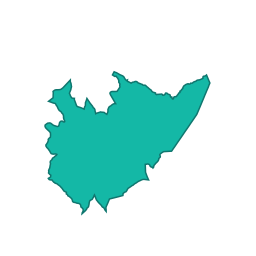 outline of Tenochtitlán, Veracruz, Mexico, rotated 66°
{"feature_id": "50627088B5329329942302", "entity_name": "Tenochtitlán", "entity_type": "district", "adm_level": 2, "iso_a3": "MEX", "parent_name": "Mexico", "parent_adm1": "Veracruz", "projection": "albers", "projection_center": [-96.947, 19.825], "detail": "fine", "context": "isolated", "style": "filled", "palette": "teal", "viewbox_px": 256, "rotation_deg": 66, "n_neighbors": 0, "source": "geoboundaries", "source_scale": "gbopen_adm2", "svg_char_len": 5606}
<svg xmlns="http://www.w3.org/2000/svg" viewBox="0 0 256 256"><g transform="rotate(66 128 128)"><path d="M64.1,181.6L65.6,182.0L66.9,182.7L69.9,184.1L71.3,189.7L73.5,187.4L74.7,186.2L76.1,184.4L77.0,184.3L78.5,184.3L79.3,183.9L80.8,184.0L83.0,183.9L84.3,183.6L85.7,182.6L87.3,182.4L88.9,181.8L90.9,182.0L91.9,182.6L92.8,182.6L93.2,183.0L94.2,183.0L95.2,183.0L96.1,183.0L96.6,183.5L96.2,184.5L94.8,185.4L94.5,186.9L95.2,188.3L97.0,189.6L98.1,190.7L97.9,192.0L96.4,193.7L95.2,195.0L92.1,196.7L91.5,197.5L90.9,199.5L91.3,201.4L91.6,202.5L92.6,203.1L94.2,203.2L96.7,202.3L98.7,201.4L100.7,200.8L102.9,201.6L104.9,202.7L105.2,204.1L105.9,205.5L106.9,205.8L108.4,207.2L109.5,208.8L110.1,209.9L111.2,210.3L112.8,210.1L114.3,209.5L116.0,209.2L117.3,208.9L119.1,208.8L120.1,208.6L120.8,207.9L121.5,206.9L121.9,205.6L122.5,204.4L123.2,203.7L123.9,204.6L124.0,205.7L124.2,206.4L124.6,207.2L124.7,208.3L125.0,209.5L125.8,210.0L126.3,211.3L126.8,212.5L128.1,213.2L129.1,213.3L130.6,214.4L131.7,215.1L132.7,215.8L133.7,217.0L134.7,217.9L136.0,218.2L136.7,218.9L138.5,218.4L139.7,217.7L141.3,218.7L141.6,221.3L142.3,221.2L143.0,221.0L143.7,220.3L144.5,218.6L145.4,218.5L146.4,218.1L147.3,217.9L147.9,217.3L148.7,217.1L149.2,216.5L150.3,215.4L151.5,214.9L152.6,214.2L153.6,213.7L154.9,213.3L156.6,212.7L157.6,212.6L158.7,212.3L159.7,212.1L160.3,211.6L161.0,211.0L161.7,210.4L163.1,211.2L164.3,210.4L165.5,210.5L166.6,209.6L167.8,209.0L169.7,208.2L171.2,208.2L172.7,208.5L173.8,207.8L174.8,206.3L175.6,205.6L176.3,204.6L177.0,203.5L177.8,202.9L178.9,202.6L181.1,203.1L182.0,202.5L182.9,202.3L183.9,202.0L185.1,202.5L185.8,203.0L186.8,204.3L187.6,204.8L186.2,200.5L185.8,199.7L185.3,198.8L184.5,198.0L184.1,196.6L183.7,196.0L181.8,194.6L180.1,193.6L178.8,192.3L178.7,191.2L178.7,190.4L178.5,189.5L177.8,188.7L177.2,187.7L176.6,187.2L175.5,185.9L177.5,185.9L179.3,186.0L180.7,186.1L182.2,185.7L183.6,185.4L185.1,184.9L186.6,184.3L188.1,183.8L189.1,183.7L189.9,183.5L190.6,182.7L191.7,182.5L192.6,182.4L193.6,182.4L195.3,181.9L193.9,181.3L192.7,180.9L191.5,180.4L190.6,179.5L189.7,178.5L188.8,177.5L185.3,173.8L186.0,169.8L186.9,164.6L187.6,160.1L185.8,159.1L185.3,157.1L185.4,155.8L184.7,154.5L183.8,153.5L183.1,152.3L182.9,150.7L182.6,149.1L182.3,147.9L182.3,146.6L181.9,145.5L181.6,144.3L181.5,142.7L181.2,141.5L181.0,140.2L181.0,138.3L180.9,136.6L181.1,135.1L181.7,133.8L182.3,132.8L183.8,130.3L180.1,130.3L175.6,130.0L168.2,127.0L168.6,125.9L168.8,124.8L169.4,123.9L170.3,123.3L171.3,123.2L172.1,123.3L173.2,122.6L173.7,121.7L174.7,121.5L174.2,120.5L172.8,119.6L172.1,118.1L171.5,116.9L171.0,115.4L170.3,113.9L169.3,112.7L168.4,112.3L168.0,111.1L167.7,110.4L166.8,109.9L165.9,110.0L165.2,109.7L164.8,108.9L164.4,107.4L164.1,105.1L165.1,102.4L166.9,97.6L164.8,94.2L164.3,93.3L161.3,88.5L156.8,81.1L154.6,77.6L152.5,74.1L150.3,70.5L149.5,69.3L148.6,67.8L146.7,64.7L143.6,59.7L141.2,57.1L137.2,52.8L133.4,48.8L132.2,47.5L130.3,45.5L129.4,44.6L127.1,42.1L126.3,41.3L123.1,37.8L122.0,36.8L120.2,34.9L115.3,34.8L111.5,34.7L111.8,35.8L111.8,36.8L111.5,37.6L111.5,38.2L111.9,38.8L113.1,39.3L113.2,41.2L113.1,43.3L112.6,44.6L112.5,46.0L112.9,46.9L112.7,48.4L112.7,49.5L113.0,50.4L113.2,51.2L112.5,52.5L113.0,53.5L112.7,54.5L112.3,54.7L111.9,55.6L111.8,57.3L112.1,58.9L112.3,59.9L112.9,60.8L113.4,61.2L113.7,61.7L114.0,61.7L114.2,62.0L114.5,62.6L114.5,62.9L114.6,63.4L115.0,63.6L115.1,63.9L115.4,64.4L115.5,64.7L115.4,65.4L115.8,65.8L116.3,65.8L116.7,66.2L116.7,67.1L116.8,67.6L117.3,68.1L117.8,68.9L118.1,69.7L118.5,70.2L118.9,71.3L118.6,71.9L118.4,72.7L118.4,73.5L118.9,73.9L119.6,74.5L119.8,75.0L119.5,75.6L118.8,75.7L118.1,75.4L117.4,75.4L117.3,76.1L117.0,76.5L116.3,76.4L115.7,76.3L115.2,76.1L114.6,76.3L114.0,76.9L113.6,77.4L113.1,77.8L112.6,78.1L112.1,78.2L111.8,78.6L111.4,79.3L111.6,79.9L112.2,80.2L112.5,81.1L112.6,81.8L112.4,82.7L112.1,83.0L111.6,82.8L111.1,83.1L110.6,83.6L110.4,84.3L110.0,85.4L109.6,86.6L109.2,87.5L109.2,88.2L108.6,88.7L108.1,88.9L107.3,88.6L106.9,88.8L106.6,89.4L106.1,89.7L105.8,90.2L105.2,90.8L104.1,91.4L103.4,91.3L102.9,91.4L102.1,91.9L101.2,92.4L100.4,92.8L99.2,93.3L97.7,94.1L96.5,94.5L95.7,95.1L95.6,95.7L95.2,96.5L94.9,96.9L94.7,97.0L94.1,97.1L93.8,97.6L92.5,98.7L92.0,99.4L91.5,99.7L91.4,99.9L91.1,100.2L90.8,100.5L90.2,100.6L89.7,100.8L89.4,101.2L88.7,101.7L88.4,102.7L88.4,104.0L88.0,105.4L88.3,106.9L86.0,108.7L85.5,109.3L84.9,109.6L83.9,109.0L84.0,109.9L84.0,110.0L82.7,110.6L81.7,110.8L79.5,111.0L78.3,111.6L77.3,112.5L76.0,113.7L74.5,114.8L72.8,116.0L71.9,117.0L71.0,117.8L73.2,120.6L74.4,119.9L75.6,119.0L75.8,117.8L77.2,117.5L78.7,117.1L80.3,117.1L81.2,117.2L82.3,117.8L83.7,117.6L84.6,117.5L85.4,118.1L86.3,118.4L87.3,118.7L90.1,123.1L89.3,125.2L88.2,127.6L88.0,128.6L88.1,128.9L88.3,129.8L89.0,130.4L90.4,130.5L100.7,129.4L100.2,130.5L100.1,132.0L100.4,133.6L100.8,134.7L100.8,135.6L101.2,137.0L102.0,137.8L102.8,138.7L103.5,139.1L104.3,139.3L105.5,140.2L106.9,141.8L105.8,142.5L104.7,143.2L104.1,143.4L103.4,144.5L102.9,145.6L102.2,146.4L102.0,148.3L101.9,149.2L101.8,150.2L101.8,151.7L100.5,151.3L99.4,151.3L98.0,150.8L96.5,150.8L95.2,151.5L93.9,151.5L89.6,152.6L84.3,153.5L85.9,154.9L87.6,156.6L89.5,157.5L90.4,158.0L91.2,159.2L92.9,160.4L90.9,162.2L89.6,163.5L88.7,164.6L87.6,165.7L86.4,165.9L83.8,165.7L82.0,165.6L80.6,165.5L79.7,165.3L79.1,164.9L78.3,166.5L77.5,167.2L75.6,167.5L73.9,167.4L72.4,167.4L71.3,166.3L69.9,164.8L68.5,163.8L67.3,162.8L65.7,162.4L64.0,161.9L62.6,161.9L61.8,161.7L60.7,161.2L64.8,171.0L65.2,172.6L65.4,173.6L65.1,175.0L64.5,176.6L63.9,178.0L63.6,179.2L63.7,180.0L64.0,181.3L64.1,181.6Z" fill="#14b8a6" stroke="#0f766e" stroke-width="1.5"/></g></svg>